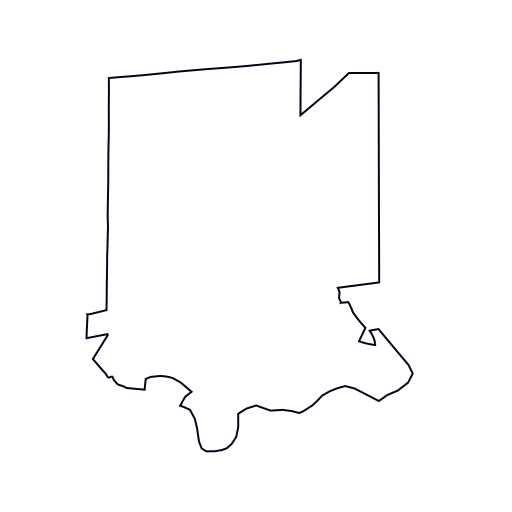 the district of Zadareni, Arad, Romania, rotated 189°
{"feature_id": "2599482B66097007845459", "entity_name": "Zadareni", "entity_type": "district", "adm_level": 2, "iso_a3": "ROU", "parent_name": "Romania", "parent_adm1": "Arad", "projection": "orthographic", "projection_center": [21.215, 46.122], "detail": "fine", "context": "isolated", "style": "outline", "palette": "ink", "viewbox_px": 512, "rotation_deg": 189, "n_neighbors": 0, "source": "geoboundaries", "source_scale": "gbopen_adm2", "svg_char_len": 2330}
<svg xmlns="http://www.w3.org/2000/svg" viewBox="0 0 512 512"><g transform="rotate(189 256 256)"><path d="M248.7,454.3L288.5,443.9L292.6,442.8L302.6,440.3L317.6,436.7L334.6,432.7L354.8,427.7L362.0,425.9L367.4,424.4L380.2,421.0L396.3,416.8L408.8,413.7L417.7,411.6L427.5,409.2L429.2,408.7L427.3,397.4L424.4,378.2L422.0,363.4L420.6,354.3L418.2,336.5L416.7,326.6L415.0,315.6L413.9,308.4L413.0,302.3L410.9,287.2L408.8,272.5L406.6,260.8L406.4,258.9L404.1,241.4L403.1,233.3L401.3,221.5L399.2,206.5L396.7,189.9L395.5,181.2L395.2,179.2L410.5,172.7L413.4,172.0L413.3,171.9L412.9,169.1L411.1,152.5L410.5,148.3L390.5,155.6L390.0,154.7L401.0,128.7L390.4,119.7L388.7,118.3L386.9,117.0L384.5,114.4L383.6,113.3L383.1,113.1L382.1,112.9L380.1,114.1L379.4,114.3L378.9,114.3L378.7,114.0L378.4,113.6L377.9,112.6L376.9,111.2L373.3,108.2L372.7,107.8L372.0,107.5L370.2,107.1L366.7,106.6L363.3,105.4L347.4,106.4L345.1,106.5L345.7,117.3L341.1,120.1L332.0,122.5L328.4,122.8L326.8,122.9L322.3,122.8L318.6,122.2L312.8,120.1L309.8,118.8L298.4,111.8L304.0,105.8L307.5,96.2L304.2,95.7L297.2,93.8L291.0,85.7L287.2,76.5L283.3,63.8L279.5,57.4L274.5,55.3L266.2,56.7L259.4,59.0L254.8,61.5L250.7,66.4L247.2,74.4L247.1,76.4L246.8,84.2L248.9,97.4L241.7,103.7L232.5,108.4L220.8,106.2L217.3,105.6L205.6,108.2L196.2,108.4L188.7,107.7L185.2,109.9L177.1,117.1L173.7,121.3L170.0,126.7L168.7,128.6L162.0,133.9L155.2,138.0L147.5,141.5L137.7,140.5L130.4,138.1L115.3,133.1L112.0,132.0L110.0,133.9L104.5,139.3L95.0,145.2L86.0,154.7L82.8,164.4L88.2,172.1L105.9,187.5L123.6,203.0L130.8,200.5L132.0,200.0L129.3,196.8L126.9,193.4L125.4,190.3L124.4,186.7L126.8,186.7L127.1,186.7L130.0,186.7L132.7,186.9L133.6,186.9L134.6,187.0L135.7,187.1L137.6,187.4L138.7,187.6L140.4,187.8L140.9,187.9L136.7,202.2L138.9,203.9L140.3,205.1L141.8,206.3L143.9,208.2L146.1,210.2L148.0,212.0L148.6,212.8L150.7,214.6L152.2,216.7L152.7,217.5L152.9,218.1L153.9,219.7L155.0,221.2L155.6,222.1L156.2,223.1L157.7,224.9L160.1,224.2L161.8,223.8L163.6,223.4L164.3,223.4L165.0,223.0L165.0,223.8L166.2,225.6L167.4,227.4L167.8,233.1L168.6,234.8L170.2,237.4L130.2,249.2L136.1,285.8L142.0,322.1L161.6,443.9L163.4,455.1L163.6,456.0L165.8,455.6L192.8,451.3L205.1,435.3L207.7,432.3L220.8,417.3L234.1,402.0L236.5,417.5L242.4,456.7L247.5,454.6L248.1,454.4L248.7,454.3Z" fill="none" stroke="#020617" stroke-width="2"/></g></svg>